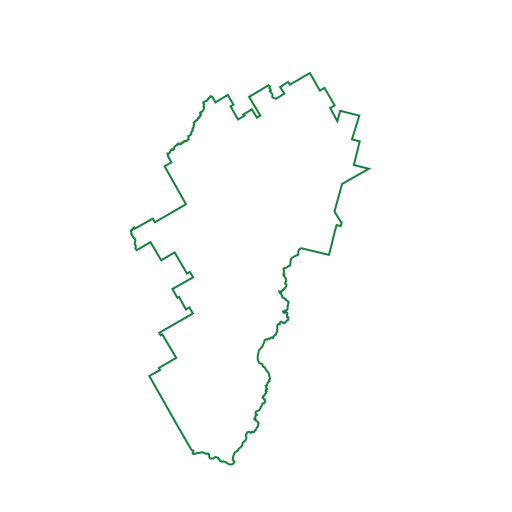 the district of Croydon, Queensland, Australia, rotated 55°
{"feature_id": "25037944B33150906552836", "entity_name": "Croydon", "entity_type": "district", "adm_level": 2, "iso_a3": "AUS", "parent_name": "Australia", "parent_adm1": "Queensland", "projection": "orthographic", "projection_center": [142.176, -18.514], "detail": "fine", "context": "isolated", "style": "outline", "palette": "green", "viewbox_px": 512, "rotation_deg": 55, "n_neighbors": 0, "source": "geoboundaries", "source_scale": "gbopen_adm2", "svg_char_len": 6144}
<svg xmlns="http://www.w3.org/2000/svg" viewBox="0 0 512 512"><g transform="rotate(55 256 256)"><path d="M263.4,379.4L266.3,379.6L266.5,377.7L293.7,379.8L292.0,399.8L294.3,400.0L293.1,412.2L349.2,417.6L378.2,420.1L379.2,419.0L379.5,419.0L380.1,419.4L380.9,420.8L381.5,421.1L382.2,420.8L383.2,419.8L383.5,417.4L384.7,415.5L385.6,413.2L386.3,412.3L387.1,411.6L389.2,410.6L390.4,408.5L391.0,408.2L391.7,408.3L393.8,409.5L394.5,409.7L395.8,409.5L397.3,407.3L397.3,404.5L397.4,404.3L397.8,404.3L398.5,403.6L399.8,402.8L400.3,403.2L401.4,402.9L401.7,402.6L402.6,402.9L403.8,403.0L404.3,402.0L405.1,401.7L405.7,400.4L406.2,400.1L406.8,399.4L409.9,398.2L411.4,397.3L412.5,396.1L413.0,394.7L412.7,392.7L412.3,391.7L409.9,391.9L409.1,391.6L407.4,390.0L404.9,386.5L404.7,384.9L405.1,382.5L403.9,380.7L403.9,378.3L403.4,376.4L402.8,375.5L401.3,373.9L401.2,371.9L400.7,369.9L399.9,368.6L399.3,368.0L397.0,367.2L396.5,366.5L395.9,364.5L395.5,364.3L395.8,362.9L396.2,362.4L397.8,361.7L397.7,359.9L398.6,359.7L399.1,358.9L398.9,357.8L398.2,357.0L398.2,356.0L398.0,355.4L397.1,353.9L396.6,352.1L396.1,351.3L395.1,350.9L394.7,350.0L394.2,349.7L392.0,349.9L390.9,350.5L390.0,350.5L389.1,351.0L388.7,350.9L388.4,350.7L388.8,349.6L387.8,349.3L386.4,347.9L386.7,347.5L386.8,346.4L386.3,346.3L384.1,346.4L383.6,345.9L383.4,345.1L383.6,343.9L384.2,342.2L383.5,340.3L382.4,338.5L381.8,336.9L380.5,335.2L380.5,334.8L381.2,334.0L381.2,333.4L380.5,332.0L380.2,331.8L379.6,331.8L379.0,331.3L378.6,331.6L376.7,331.5L376.1,331.8L375.9,331.2L375.1,331.0L375.2,330.4L375.0,330.2L374.8,329.5L375.0,328.7L374.9,328.3L374.3,327.9L374.3,327.4L373.9,326.7L374.0,326.2L373.2,325.8L373.0,325.0L371.9,325.4L371.6,325.2L371.7,324.4L371.4,323.4L370.8,323.8L370.1,323.1L367.8,322.5L368.1,320.9L366.7,319.5L366.2,316.9L365.6,317.1L365.3,316.9L364.9,315.3L364.6,315.0L359.4,312.8L355.4,313.1L352.4,312.7L351.0,313.5L350.0,313.7L348.3,312.9L347.4,313.3L346.1,314.4L345.4,314.6L344.3,314.6L342.3,314.2L341.0,313.5L338.6,311.6L334.9,307.7L334.4,305.6L334.1,303.3L332.0,299.8L329.9,297.2L329.9,296.1L330.2,295.1L330.7,294.9L331.0,294.4L330.9,293.3L331.4,292.8L331.6,291.9L331.4,290.9L331.7,290.0L332.1,289.4L332.9,289.3L333.0,288.9L332.0,287.8L331.6,286.3L331.6,285.5L331.9,284.7L331.6,284.1L330.5,283.4L329.8,281.6L325.6,278.8L324.6,277.6L324.6,276.9L325.6,275.8L324.3,274.5L324.0,273.8L324.1,273.4L324.3,272.8L326.2,272.2L326.3,271.6L326.9,271.5L327.4,270.5L327.4,270.1L326.6,268.3L326.6,267.8L326.9,266.8L326.7,266.0L326.1,265.8L325.3,265.0L324.5,264.8L324.2,265.4L323.6,265.6L321.7,264.3L321.3,263.4L320.6,263.0L319.9,263.1L319.3,263.8L318.8,265.5L317.9,265.9L316.9,265.7L317.4,264.6L317.4,263.5L318.0,261.5L317.9,261.1L317.2,260.2L315.0,258.9L314.7,258.1L313.1,256.5L312.8,255.9L310.9,255.9L308.5,256.9L307.9,256.4L305.5,257.9L304.9,257.9L304.2,257.9L303.3,257.4L302.4,257.4L301.5,257.1L299.6,257.7L298.3,257.4L298.5,256.9L299.8,255.9L299.4,255.1L299.3,254.5L299.7,254.2L299.7,253.8L299.1,253.4L299.2,251.5L298.8,250.6L298.5,249.3L297.9,248.2L297.1,247.7L296.5,247.7L295.9,248.0L295.3,247.9L294.6,247.4L294.2,246.3L293.8,245.8L291.4,244.4L288.0,244.5L287.9,243.7L287.3,243.7L287.3,244.3L285.9,243.5L285.7,242.7L284.7,241.9L282.8,241.2L282.1,240.6L282.2,239.2L282.7,238.4L283.1,237.3L282.9,235.5L283.4,234.3L283.3,233.5L280.3,230.8L279.6,230.3L278.3,228.6L278.2,228.1L278.3,225.1L279.2,220.5L278.9,220.1L278.1,219.9L277.1,219.3L276.0,218.2L275.4,216.5L275.4,215.2L275.6,214.6L276.6,213.6L296.9,195.6L290.9,188.5L280.9,177.2L276.9,172.2L280.1,169.4L278.0,166.9L264.7,166.3L246.4,144.2L249.2,113.6L237.6,123.7L221.6,105.3L215.5,110.5L200.3,90.9L185.4,103.7L192.2,112.1L177.4,110.3L177.8,105.2L157.6,103.5L157.1,108.8L137.0,106.9L135.1,130.0L131.8,129.8L131.4,139.3L139.3,139.7L138.7,149.4L136.1,151.2L134.9,151.4L134.1,150.5L133.4,150.0L132.7,149.8L130.9,149.9L129.3,150.3L128.9,150.2L128.9,148.9L127.8,148.6L126.2,148.8L125.0,147.3L123.3,147.7L121.7,170.4L143.4,171.9L143.2,175.9L133.5,175.3L132.9,185.3L133.8,185.0L134.5,184.9L133.8,192.4L118.8,191.0L119.1,187.7L107.9,186.7L106.9,201.2L100.7,200.4L100.2,200.5L99.8,201.2L99.0,201.7L99.3,202.1L99.5,203.0L99.4,203.7L100.1,204.9L99.8,205.5L100.5,206.4L100.6,208.1L99.9,209.4L99.9,210.9L100.5,211.5L101.1,211.4L102.3,211.9L103.1,213.0L103.7,212.9L104.2,213.5L104.8,213.6L105.6,214.3L105.7,214.7L106.4,215.8L106.5,216.5L106.9,216.9L106.5,218.3L106.4,219.4L106.6,219.8L107.2,220.0L108.4,219.8L108.7,220.1L108.9,221.1L109.3,221.1L109.5,221.4L109.6,222.2L109.5,222.8L110.0,223.2L110.2,223.7L109.9,224.5L110.6,225.2L110.8,225.6L110.5,225.8L110.8,226.5L110.6,226.8L110.8,227.4L110.7,228.4L111.0,229.2L110.8,229.4L111.2,229.8L111.3,230.5L111.6,230.4L111.7,230.7L112.2,230.9L112.3,231.2L113.3,231.4L113.6,232.6L114.8,233.3L115.2,234.7L115.1,234.9L115.4,235.2L116.4,235.4L117.0,235.9L117.1,237.1L117.8,238.4L119.0,239.0L119.3,240.0L119.2,240.9L119.3,241.3L119.0,242.7L120.1,243.2L120.5,243.7L121.7,244.1L121.7,245.4L122.1,246.9L121.6,247.2L121.6,248.0L120.8,248.5L121.0,249.1L120.7,249.6L121.1,250.0L121.3,250.7L120.6,251.4L120.8,251.9L120.6,252.1L121.4,253.2L121.4,253.7L121.2,254.1L120.3,254.2L120.2,254.5L119.5,254.9L119.5,255.4L119.7,255.5L119.6,255.9L119.7,256.5L119.4,256.8L119.7,257.4L119.6,258.3L120.0,260.6L121.0,261.4L121.4,262.0L121.6,263.0L121.3,263.6L121.1,263.3L120.7,263.3L120.4,263.7L120.7,264.0L120.7,264.6L120.5,265.0L120.9,266.0L121.1,266.3L121.5,266.4L121.6,267.1L121.9,267.4L122.0,269.0L121.4,269.7L122.1,269.8L123.6,270.9L130.8,271.6L130.1,279.4L173.4,283.7L170.4,319.4L166.2,319.1L164.1,339.7L162.6,339.5L162.7,340.4L163.2,341.0L163.0,341.6L163.2,342.1L163.0,342.5L163.1,342.9L163.7,343.0L163.5,343.6L163.7,343.9L163.8,343.7L164.2,344.0L164.3,344.4L165.6,344.8L165.8,345.2L166.2,345.4L166.7,345.2L167.6,345.7L169.1,345.6L169.6,345.9L170.0,345.7L170.6,345.8L171.8,345.3L172.8,345.6L173.5,345.5L174.3,346.0L175.2,347.4L175.8,347.7L176.1,348.2L176.7,348.6L178.5,348.6L179.2,349.3L179.8,349.4L180.7,350.5L182.8,350.4L184.1,334.5L205.1,336.1L206.4,320.6L230.8,322.6L231.1,319.3L237.4,319.7L235.1,343.4L245.1,344.4L245.3,342.5L259.7,344.1L259.9,340.1L266.9,340.7L263.4,379.4Z" fill="none" stroke="#15803d" stroke-width="2"/></g></svg>